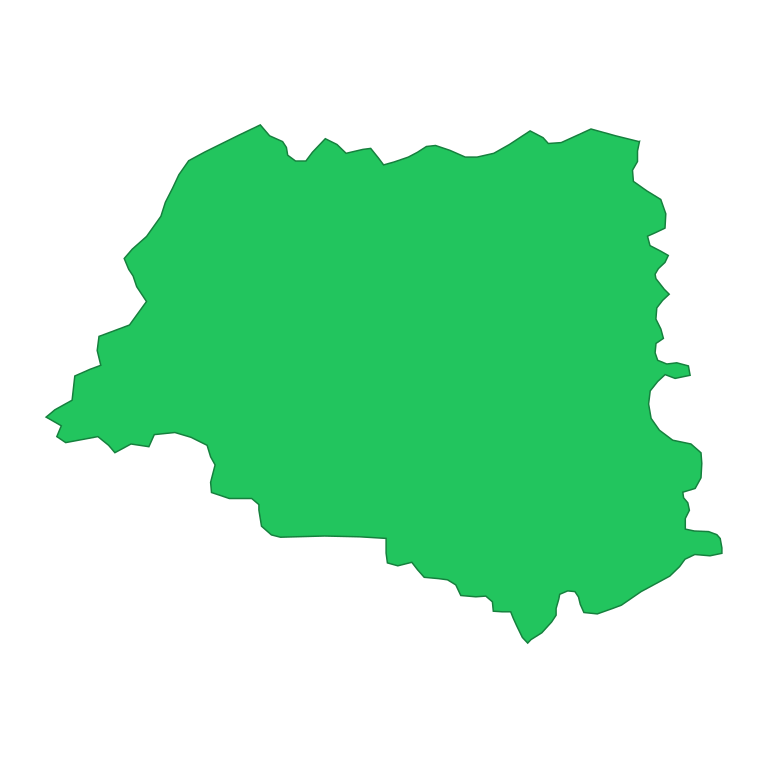 outline of Ashmyany, Grodno, Belarus
{"feature_id": "67162791B18933715013959", "entity_name": "Ashmyany", "entity_type": "district", "adm_level": 2, "iso_a3": "BLR", "parent_name": "Belarus", "parent_adm1": "Grodno", "projection": "robinson", "projection_center": [25.945, 54.359], "detail": "fine", "context": "isolated", "style": "filled", "palette": "green", "viewbox_px": 768, "rotation_deg": 0, "n_neighbors": 0, "source": "geoboundaries", "source_scale": "gbopen_adm2", "svg_char_len": 2316}
<svg xmlns="http://www.w3.org/2000/svg" viewBox="0 0 768 768"><path d="M260.3,124.9L238.8,135.2L204.8,152.0L188.7,160.7L178.9,174.7L172.6,188.1L165.4,202.2L160.9,216.3L146.6,236.4L132.3,249.1L124.2,258.5L128.7,269.3L133.1,276.0L136.7,286.7L146.5,301.5L129.5,325.0L111.6,331.7L99.0,336.4L97.2,350.5L100.8,365.3L90.0,369.3L74.8,376.0L73.0,392.2L72.1,400.2L55.0,409.7L46.1,417.1L61.3,425.8L56.8,436.6L65.7,442.6L97.9,436.6L108.6,445.3L114.9,452.7L131.0,444.0L148.9,446.7L154.3,434.6L174.9,432.5L191.0,437.3L207.1,445.3L210.6,456.8L215.1,464.9L210.6,482.4L211.5,492.5L229.3,498.5L251.7,498.5L258.9,504.6L258.9,510.0L261.5,526.2L271.4,534.9L280.4,537.2L324.5,536.0L359.6,536.8L386.1,538.4L386.1,553.1L387.4,562.9L397.8,565.8L411.8,562.3L417.6,569.8L424.2,577.3L438.4,578.6L447.5,579.8L455.8,584.9L460.8,595.5L475.8,596.8L485.8,596.1L492.4,601.8L493.3,611.2L502.4,611.8L510.7,611.8L513.2,618.1L516.6,625.6L522.4,637.5L527.7,643.1L531.0,639.6L541.8,632.8L551.6,622.0L556.1,615.2L556.1,608.5L558.8,599.0L559.7,594.3L567.7,590.9L574.9,591.6L578.5,597.0L580.3,604.4L583.9,612.5L597.3,613.9L612.5,608.5L621.5,605.1L641.1,591.6L669.8,576.1L679.6,566.6L685.0,559.2L694.8,554.5L710.0,555.8L721.9,553.3L721.9,547.9L720.2,538.5L716.9,534.7L708.6,531.6L694.4,531.0L685.3,529.1L685.3,518.5L689.4,510.3L687.8,502.8L683.6,497.8L682.8,492.2L695.2,488.4L701.0,477.8L701.8,463.4L701.0,452.8L691.0,444.0L672.7,440.2L659.4,430.2L651.1,418.4L648.6,404.0L650.2,390.9L657.7,381.5L665.1,374.6L675.1,378.4L690.1,375.3L688.4,365.9L676.8,362.8L666.8,364.0L657.7,360.3L655.1,352.8L656.0,343.4L663.4,338.4L660.9,329.1L655.9,319.1L656.8,307.9L662.6,300.4L669.2,294.2L664.2,289.2L655.9,278.6L655.1,274.2L658.4,268.6L665.0,262.4L668.3,255.5L660.8,251.2L650.0,245.6L647.5,236.2L655.8,232.5L665.0,228.1L665.8,213.8L660.8,199.5L646.7,190.8L633.4,181.4L632.5,170.2L637.5,161.5L637.5,151.0L639.5,141.4L639.0,141.6L615.6,135.8L591.0,129.0L574.2,136.7L561.2,142.6L548.3,143.5L543.1,137.7L530.1,130.9L509.4,144.5L493.8,153.3L477.0,157.1L465.3,157.1L449.8,150.3L435.5,145.5L426.4,146.5L417.4,152.3L408.3,157.1L394.0,162.0L383.6,164.9L378.5,158.1L370.7,148.4L362.9,149.4L346.1,153.3L337.0,144.5L325.3,138.7L312.4,152.3L305.9,161.0L295.5,161.0L287.7,155.2L286.4,147.4L282.6,141.6L269.6,135.8L260.3,124.9Z" fill="#22c55e" stroke="#15803d" stroke-width="1.5"/></svg>